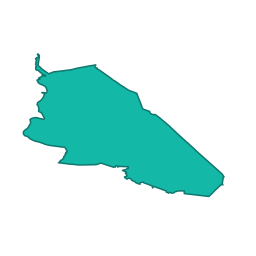 Aizpute, Aizputes, Latvia (Equal Earth projection), rotated 191°
{"feature_id": "27541924B45479434258967", "entity_name": "Aizpute", "entity_type": "district", "adm_level": 2, "iso_a3": "LVA", "parent_name": "Latvia", "parent_adm1": "Aizputes", "projection": "equal_earth", "projection_center": [21.618, 56.716], "detail": "fine", "context": "isolated", "style": "filled", "palette": "teal", "viewbox_px": 256, "rotation_deg": 191, "n_neighbors": 0, "source": "geoboundaries", "source_scale": "gbopen_adm2", "svg_char_len": 4991}
<svg xmlns="http://www.w3.org/2000/svg" viewBox="0 0 256 256"><g transform="rotate(191 128 128)"><path d="M60.2,74.4L59.1,74.4L50.4,75.1L43.8,75.6L35.6,76.2L34.6,77.5L33.1,79.6L32.6,80.3L32.4,80.7L30.5,83.6L27.1,88.3L26.0,89.9L24.1,90.4L25.1,92.2L24.9,92.8L25.0,97.1L25.0,97.6L25.1,98.1L24.5,98.4L24.8,98.7L26.8,100.8L28.0,101.5L30.2,102.8L30.7,103.1L40.2,108.8L40.5,108.9L41.0,109.2L43.1,110.5L46.5,112.5L57.1,118.8L58.2,119.7L58.4,119.8L63.0,122.5L64.6,123.5L65.4,124.1L67.9,125.4L70.0,126.8L70.8,127.2L72.1,128.0L73.2,128.7L74.1,129.2L77.0,131.0L77.4,131.2L81.5,133.8L86.0,136.6L87.9,137.9L94.2,141.4L98.6,143.9L103.8,146.4L106.8,145.9L108.9,146.7L110.0,148.4L117.1,149.5L118.9,152.2L119.1,152.6L119.7,153.8L120.5,155.0L124.1,160.6L126.0,163.7L130.9,164.6L131.5,164.6L135.1,165.3L137.1,166.2L140.4,167.6L143.9,168.9L149.2,171.4L151.5,172.1L155.6,174.2L160.7,176.5L167.4,179.5L168.4,179.8L169.5,180.2L169.4,180.5L169.5,180.7L169.8,180.9L170.6,181.0L171.3,181.1L171.8,181.3L172.1,181.9L172.1,182.9L171.7,183.6L171.2,184.1L171.9,183.7L172.7,183.4L180.3,180.6L180.9,180.3L186.8,178.0L189.5,176.9L192.9,175.3L194.6,174.5L194.6,174.4L195.6,174.1L206.6,170.5L211.5,169.0L213.4,167.8L216.3,166.1L224.2,169.7L225.5,170.8L228.2,172.1L228.6,181.0L228.9,182.4L230.5,183.5L230.9,183.0L230.1,182.1L229.6,181.1L229.3,180.1L229.5,179.8L230.8,179.8L231.9,178.4L231.6,177.8L230.6,177.0L230.9,176.1L231.0,175.2L230.6,174.4L230.9,173.2L230.0,171.7L230.2,170.9L229.9,170.3L230.0,169.7L230.1,169.3L229.6,167.8L228.5,167.3L227.9,167.6L227.0,167.4L226.4,167.1L226.2,166.6L224.1,165.7L221.8,164.2L220.1,164.2L219.0,163.7L219.0,163.2L220.0,163.4L221.1,162.8L221.7,163.1L222.3,163.1L222.5,162.1L223.6,161.2L224.6,160.5L225.1,160.0L224.2,159.6L223.9,159.0L224.7,158.9L226.4,157.6L226.1,157.0L225.3,156.6L225.1,156.2L225.1,155.6L223.5,154.7L221.6,154.1L220.3,154.0L218.8,153.5L217.2,153.0L215.7,151.5L215.2,150.3L214.9,149.7L214.4,149.2L214.5,147.5L214.7,147.2L214.9,147.0L215.1,146.9L216.1,146.7L217.2,146.6L218.0,146.6L219.7,146.4L219.4,146.3L219.3,146.2L219.0,146.1L218.9,146.1L218.7,146.0L218.4,146.0L218.1,146.0L217.6,146.0L217.4,146.0L217.0,146.0L216.7,145.9L216.4,145.9L216.2,145.8L216.3,145.8L216.3,145.7L216.5,145.7L216.7,145.4L216.7,145.2L216.6,144.9L216.6,144.7L216.6,144.4L216.7,144.0L216.7,143.9L216.8,143.1L216.8,142.7L217.0,142.1L217.2,141.5L217.3,141.2L217.5,140.8L217.8,140.4L218.0,139.8L218.4,139.1L218.7,138.7L219.3,137.8L219.3,137.7L219.5,137.6L219.8,137.5L220.2,137.1L220.6,136.8L221.0,136.2L221.5,135.5L221.6,135.4L221.6,135.2L221.6,134.8L221.6,134.5L221.6,134.1L221.6,133.8L221.7,133.5L221.4,133.4L221.2,133.3L221.0,133.2L220.9,133.1L220.5,132.6L220.2,132.0L220.1,131.9L220.0,131.7L219.9,131.2L219.5,130.8L219.3,130.5L219.1,130.3L219.0,130.0L219.0,129.8L219.1,129.5L219.2,128.9L219.1,127.9L218.8,127.3L218.6,127.2L215.6,126.2L215.4,125.9L212.3,122.1L211.9,121.8L211.8,121.2L212.0,120.8L212.4,120.4L214.7,120.5L217.9,120.6L219.2,120.7L220.1,120.7L220.7,120.6L221.5,120.3L222.4,119.9L223.8,119.4L225.0,118.5L225.2,118.2L225.8,117.3L225.6,117.1L225.2,116.2L224.9,115.4L224.6,114.7L224.7,113.1L225.1,112.5L225.7,110.6L225.9,110.0L226.5,108.8L227.0,108.0L227.7,107.4L228.2,106.9L229.0,105.9L229.4,105.4L229.6,105.0L229.8,104.5L229.8,103.9L229.9,103.5L229.8,103.0L229.4,102.1L229.1,101.7L228.6,101.3L227.7,100.7L224.9,100.5L223.1,99.3L221.9,98.7L220.3,98.2L218.7,97.8L216.8,97.4L215.2,97.3L214.1,97.3L212.3,97.2L210.5,96.9L208.5,96.7L206.5,96.2L203.6,96.0L201.2,96.0L189.6,96.7L188.1,96.9L187.2,97.0L186.3,96.8L185.3,96.1L184.8,95.5L184.8,95.2L184.6,94.9L184.0,94.5L183.5,94.0L183.3,93.5L183.4,93.0L183.9,92.7L184.2,92.3L183.7,91.9L184.5,91.2L184.6,90.3L184.2,90.1L185.4,87.8L185.6,87.5L185.5,87.1L185.3,86.6L185.5,86.0L186.0,85.6L186.2,84.9L186.6,84.4L186.8,84.2L187.0,84.0L187.8,83.5L188.0,83.2L188.0,82.9L188.0,82.7L188.6,82.3L188.6,82.2L188.5,81.7L189.3,80.7L188.7,80.7L185.8,80.9L178.3,81.4L178.2,81.5L172.8,82.0L170.4,82.2L168.3,82.5L167.7,82.6L164.9,83.2L162.4,83.7L161.1,84.1L156.1,85.1L155.8,85.2L151.8,86.1L151.2,86.5L147.9,88.4L134.5,86.7L134.3,87.2L132.9,87.3L132.7,88.6L130.5,88.7L130.5,87.9L129.9,88.1L129.9,88.3L129.9,88.6L130.0,88.7L128.7,88.7L121.1,89.9L120.3,90.0L120.4,89.1L120.4,88.7L120.1,88.4L120.1,88.2L120.4,88.1L121.0,88.0L121.4,87.7L121.7,87.4L122.2,86.8L122.7,86.4L122.9,86.3L123.4,86.2L123.9,86.1L124.2,86.0L125.1,85.4L124.8,85.1L123.2,84.9L121.7,84.4L121.2,84.3L120.9,84.0L121.1,83.5L121.5,83.3L121.8,83.1L121.3,82.6L120.4,82.0L120.4,81.8L120.1,81.2L119.8,80.8L122.0,79.3L121.8,78.8L121.0,78.4L119.7,77.8L119.1,77.7L118.6,78.2L117.6,78.9L115.9,78.8L114.1,77.3L110.8,76.5L110.1,75.9L107.3,75.2L105.6,75.2L106.0,76.3L103.0,77.8L102.0,77.2L96.6,76.4L95.7,76.2L93.4,75.9L92.5,74.1L91.3,75.6L90.4,75.4L89.0,75.2L88.1,75.0L87.6,75.0L83.5,74.3L78.4,73.5L78.2,72.4L75.5,71.9L74.9,72.9L74.6,72.8L72.7,72.4L72.1,72.5L71.3,72.8L70.2,73.5L70.0,74.0L69.8,74.3L68.2,75.0L66.7,75.9L65.5,76.0L61.0,77.0L60.5,75.4L60.2,74.4Z" fill="#14b8a6" stroke="#0f766e" stroke-width="1.5"/></g></svg>